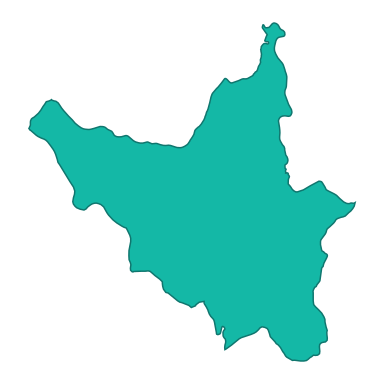 Mueang Yala, Yala, Thailand
{"feature_id": "78962969B27848698436248", "entity_name": "Mueang Yala", "entity_type": "district", "adm_level": 2, "iso_a3": "THA", "parent_name": "Thailand", "parent_adm1": "Yala", "projection": "natural_earth1", "projection_center": [101.257, 6.565], "detail": "fine", "context": "isolated", "style": "filled", "palette": "teal", "viewbox_px": 384, "rotation_deg": 0, "n_neighbors": 0, "source": "geoboundaries", "source_scale": "gbopen_adm2", "svg_char_len": 5954}
<svg xmlns="http://www.w3.org/2000/svg" viewBox="0 0 384 384"><path d="M46.3,101.7L44.6,104.4L43.1,106.4L40.8,110.2L38.5,113.2L34.3,117.0L32.3,118.2L31.4,119.0L30.6,120.7L30.4,122.0L30.4,125.2L28.9,128.6L29.7,129.5L29.8,129.9L30.8,130.5L36.3,135.3L38.1,136.5L41.1,138.0L44.2,139.2L45.8,140.1L47.6,141.8L50.8,146.0L53.2,149.4L54.5,151.6L55.7,154.5L57.3,159.5L58.0,162.4L59.7,164.8L69.8,181.4L73.5,187.1L74.8,191.1L74.5,194.2L73.4,197.9L72.8,201.7L73.4,204.0L74.8,206.0L76.6,207.7L80.1,209.2L84.0,210.0L86.0,209.0L87.9,206.8L90.6,204.8L92.4,203.8L94.6,203.2L96.4,203.1L98.8,203.7L101.0,204.6L103.7,206.9L106.0,211.1L107.3,213.3L108.6,215.1L112.9,219.8L116.9,223.0L122.0,226.2L124.1,227.3L126.2,228.0L127.2,229.8L129.9,235.4L130.7,238.3L130.7,241.7L129.0,250.6L128.9,255.7L129.1,259.7L130.4,262.7L130.9,264.8L130.4,268.2L130.6,270.3L132.2,271.8L133.1,271.9L133.8,271.5L141.2,271.2L145.1,271.2L148.2,270.9L150.2,271.4L155.0,275.6L159.7,279.1L162.3,281.7L162.4,283.9L162.7,286.3L163.5,289.2L165.8,292.4L168.1,293.0L175.8,299.3L177.6,300.8L179.7,302.1L182.0,302.7L188.9,305.4L191.3,307.5L195.5,305.8L196.0,304.7L199.3,302.2L204.1,301.4L204.1,302.9L204.3,303.7L206.3,306.9L207.9,310.0L208.2,311.1L209.3,314.0L210.8,316.4L213.2,319.0L214.0,320.4L214.5,322.3L216.4,332.6L216.5,333.8L216.7,334.2L217.7,334.6L218.4,334.5L219.9,333.9L220.5,333.0L221.7,327.7L222.1,326.8L222.4,326.5L223.0,326.5L223.9,327.0L224.8,328.3L224.8,329.3L224.0,330.1L223.4,331.1L223.0,332.4L223.1,335.8L223.4,336.6L224.2,337.9L225.3,339.1L225.7,341.1L225.6,342.8L225.0,344.9L224.7,347.4L224.9,349.6L225.9,349.1L231.5,345.1L239.2,338.8L241.4,337.6L251.1,334.4L254.2,333.1L256.3,331.8L258.5,329.7L260.0,327.9L262.0,326.8L264.9,327.4L267.2,328.5L268.2,330.0L269.4,333.4L270.3,336.7L275.0,341.8L276.2,343.6L278.3,345.0L280.5,347.6L282.8,351.7L284.0,353.2L285.6,356.0L286.8,357.2L292.4,360.4L294.4,360.2L300.7,361.0L303.8,361.0L306.5,360.5L308.3,359.2L309.9,357.7L311.6,356.7L313.4,355.2L315.5,355.4L317.7,355.1L319.5,353.7L319.8,351.3L319.4,346.7L319.7,344.4L321.5,342.7L323.6,342.2L325.5,341.9L327.1,340.3L327.3,338.2L326.9,334.6L326.8,332.2L327.2,330.4L326.1,327.0L325.0,322.1L324.9,319.3L323.9,316.8L321.7,313.1L318.6,309.8L315.3,306.6L313.7,304.6L313.2,300.8L313.2,292.7L313.0,291.5L313.3,290.2L313.9,288.8L314.8,287.2L315.6,286.9L316.3,286.3L316.9,284.8L319.1,282.0L319.9,280.8L321.6,268.5L322.2,267.2L322.9,266.7L323.2,266.1L323.4,264.9L324.0,263.0L326.4,258.4L327.2,256.6L327.4,255.7L327.2,254.8L326.6,254.1L325.0,253.3L323.6,251.8L322.0,250.9L321.6,249.9L320.5,244.8L320.5,241.6L320.8,240.1L321.5,239.0L325.3,233.9L326.1,232.2L326.8,229.6L327.2,229.0L328.2,228.0L329.9,226.6L333.7,223.0L335.0,221.3L336.0,219.6L337.6,218.5L341.0,217.3L343.0,216.9L345.3,216.0L348.8,212.6L350.8,211.0L352.7,208.7L354.2,206.2L355.1,202.6L354.1,203.2L353.0,203.2L351.4,203.0L350.6,203.1L349.3,203.6L347.9,203.6L346.4,203.3L343.6,201.9L339.7,198.5L336.5,195.3L334.2,193.9L328.4,191.0L326.2,189.7L325.0,187.1L322.7,183.3L321.6,181.8L320.6,181.4L318.9,181.2L310.1,185.9L303.4,189.9L297.4,191.9L295.8,191.9L294.1,191.0L292.3,189.4L290.3,186.3L288.3,184.1L288.2,183.3L288.3,179.8L288.8,178.1L289.2,177.3L289.4,176.5L288.9,175.4L288.3,174.8L288.2,174.4L288.2,173.5L288.0,173.2L287.0,172.8L285.9,173.2L285.6,173.1L285.8,172.1L285.4,171.0L286.1,169.2L285.4,168.8L285.1,168.3L284.9,165.5L285.2,164.8L286.4,163.9L287.0,163.3L287.5,162.3L287.9,160.7L287.8,159.1L287.1,157.0L285.8,155.1L284.7,150.0L284.7,148.6L284.2,147.0L283.8,146.3L282.4,144.7L280.5,141.3L279.7,139.3L279.6,137.0L279.9,132.8L279.8,130.4L279.5,127.4L278.5,121.4L278.5,120.5L278.9,119.2L279.8,117.7L280.5,117.0L282.4,116.1L284.9,115.8L288.4,116.3L289.2,116.2L290.3,115.8L291.1,114.7L291.7,113.3L291.9,112.3L291.8,111.3L291.4,109.5L288.6,104.4L285.1,94.9L284.9,93.8L284.8,92.7L285.0,90.4L286.0,87.8L286.3,86.7L286.4,85.6L286.8,78.0L286.8,76.7L286.3,74.3L285.1,70.9L284.9,69.8L283.3,65.0L282.4,63.3L278.7,58.9L277.8,57.8L275.8,54.1L274.6,51.1L274.4,49.2L274.4,47.7L274.7,45.7L275.9,40.8L276.7,39.2L277.7,38.0L279.1,37.2L283.7,36.3L284.5,35.7L284.9,34.6L284.7,32.6L284.4,31.9L283.2,30.6L281.1,29.5L280.1,28.6L278.7,26.0L278.0,24.9L277.2,24.2L276.3,23.6L274.8,23.1L274.0,23.0L273.2,23.2L272.0,24.0L269.5,27.0L268.8,27.4L266.6,27.8L265.6,27.7L265.3,27.6L263.6,24.9L263.0,24.9L262.7,25.6L262.3,27.1L262.5,28.0L267.2,34.7L266.3,36.4L264.8,40.6L264.8,40.9L266.3,41.7L268.1,41.7L268.6,42.5L268.6,43.3L268.3,43.7L267.7,44.0L265.3,43.4L264.1,43.6L263.6,43.9L262.5,45.0L261.3,46.6L261.1,48.4L260.7,49.6L261.0,50.7L261.0,51.7L261.3,52.7L261.5,54.5L261.3,55.6L261.3,56.8L260.9,58.3L260.4,59.7L260.4,60.8L260.6,62.3L259.8,64.3L258.5,66.4L257.5,69.7L256.6,71.4L255.6,71.9L255.1,72.3L254.6,73.2L253.4,74.3L253.0,75.5L247.8,78.4L246.5,78.8L245.2,78.9L243.2,78.8L242.0,79.1L238.7,80.6L232.1,82.9L230.9,82.9L230.1,82.5L229.0,81.6L227.2,79.6L226.2,78.8L225.8,78.6L225.1,78.5L224.5,78.9L221.6,82.8L217.9,87.3L216.6,88.5L212.6,93.2L212.0,94.3L211.0,97.1L209.8,102.5L208.0,109.1L207.1,111.3L206.6,112.0L205.7,115.3L205.1,116.4L204.9,117.5L203.9,119.9L201.2,124.2L199.2,126.5L198.2,127.1L196.2,128.9L195.0,130.3L194.7,131.2L193.9,134.4L192.2,137.3L190.2,140.2L189.6,141.4L188.0,143.8L187.1,144.7L185.0,146.1L183.2,147.0L181.7,147.5L180.4,147.7L177.6,147.6L176.2,147.3L170.6,145.5L168.6,145.2L165.8,145.5L163.5,145.4L160.4,144.7L156.9,143.5L155.7,143.4L152.0,143.8L147.8,142.0L147.1,142.0L142.8,143.1L140.2,143.1L138.3,142.7L135.5,141.9L133.4,140.7L128.4,136.4L127.7,136.0L126.6,135.6L125.6,135.6L121.2,136.8L118.8,136.9L117.0,136.7L115.6,136.2L114.9,135.8L114.1,135.1L112.8,132.8L111.7,131.3L107.5,129.3L106.3,128.2L104.9,127.2L103.7,126.8L102.6,126.6L100.1,126.5L94.0,128.4L91.0,129.2L89.0,129.5L87.3,129.4L85.2,129.2L83.3,128.8L81.3,127.9L78.5,126.0L75.1,123.2L72.3,119.9L68.5,116.1L63.7,110.7L61.7,108.2L58.4,103.2L57.8,102.6L56.9,102.0L55.8,101.2L54.8,101.1L52.2,100.3L51.4,99.6L50.8,100.2L48.9,101.0L46.3,101.7Z" fill="#14b8a6" stroke="#0f766e" stroke-width="1.5"/></svg>